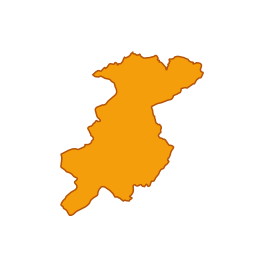 map outline of Ghor (Natural Earth projection), rotated 335°
{"feature_id": "AFG-1747", "entity_name": "Ghor", "entity_type": "Province", "adm_level": 1, "iso_a3": "AFG", "parent_name": "Afghanistan", "parent_adm1": "", "projection": "natural_earth1", "projection_center": [65.091, 34.196], "detail": "fine", "context": "isolated", "style": "filled", "palette": "amber", "viewbox_px": 256, "rotation_deg": 335, "n_neighbors": 0, "source": "natural_earth", "source_scale": "10m", "svg_char_len": 5820}
<svg xmlns="http://www.w3.org/2000/svg" viewBox="0 0 256 256"><g transform="rotate(335 128 128)"><path d="M200.5,83.4L202.8,83.9L204.2,84.6L208.4,87.8L209.5,89.2L211.3,91.0L211.7,92.8L212.0,93.5L212.5,94.3L213.0,94.8L214.3,95.6L214.8,96.1L214.2,97.1L214.3,97.5L215.0,97.4L216.0,97.9L216.4,98.0L217.5,97.7L219.6,99.0L220.8,100.1L221.0,100.6L221.2,101.6L221.2,102.0L221.0,102.4L220.0,103.9L218.5,105.3L218.3,105.6L218.0,107.1L218.3,108.1L218.5,108.4L219.4,109.2L219.4,109.9L216.3,112.6L215.6,113.0L215.2,113.2L213.6,112.7L213.2,112.7L210.4,113.5L209.9,113.8L206.9,116.0L205.7,115.5L199.4,116.6L198.7,116.8L198.2,116.6L197.3,115.8L196.3,115.4L193.7,114.9L193.0,114.9L192.6,115.1L192.1,116.1L191.1,117.3L190.2,117.9L189.7,117.9L188.3,117.8L186.5,118.1L185.1,117.9L182.9,117.9L181.7,119.2L180.2,120.1L179.6,120.2L179.1,120.3L175.9,119.6L169.2,119.2L165.4,118.4L163.5,118.3L158.8,118.5L158.3,118.7L157.8,120.7L157.8,121.7L157.8,122.2L157.0,124.5L156.5,126.9L156.5,127.9L156.9,128.3L157.0,128.6L157.0,128.9L156.4,130.1L156.3,130.6L156.3,131.7L155.7,133.9L155.6,135.5L156.0,136.0L156.2,136.4L156.8,137.7L157.1,137.9L157.9,138.0L158.2,138.5L158.6,140.3L158.3,141.8L157.9,142.5L157.3,142.8L156.5,144.0L156.2,145.2L155.7,146.0L154.4,146.2L152.7,147.3L152.3,147.8L152.2,148.4L152.4,149.3L152.6,150.1L152.7,150.4L154.2,151.5L154.5,151.9L154.8,152.7L155.1,153.0L156.0,153.3L156.6,154.2L156.9,154.8L157.7,160.1L158.1,161.1L159.2,161.6L160.0,162.3L160.7,163.1L161.0,163.7L161.2,164.4L161.2,164.7L161.0,164.9L159.8,165.9L158.0,166.9L156.3,168.4L154.8,170.3L153.2,171.7L152.8,172.1L152.5,172.3L151.5,172.5L151.2,172.7L150.4,174.1L150.4,174.3L150.7,174.6L150.8,174.8L150.8,175.8L148.8,176.9L147.8,177.3L146.4,177.6L145.3,178.0L143.1,179.7L141.2,179.5L140.1,179.7L137.9,181.1L137.1,181.9L136.2,182.8L131.8,184.9L131.6,185.2L130.2,186.2L129.7,186.7L129.3,186.9L128.9,186.9L128.0,186.7L127.2,186.3L126.9,186.2L126.5,186.4L125.8,187.0L123.8,189.2L122.9,189.6L121.8,189.5L121.4,189.0L121.3,187.5L121.1,186.9L120.4,186.9L118.2,188.1L116.6,186.9L116.2,186.1L116.1,185.4L115.9,184.9L115.0,184.6L113.3,184.6L112.6,184.7L112.3,184.6L111.2,184.0L110.8,183.5L110.4,182.5L110.1,182.3L109.4,182.1L108.5,182.4L108.0,183.0L106.8,186.1L106.0,187.5L105.6,188.1L104.4,189.1L103.5,189.7L102.6,190.1L101.2,190.4L100.6,190.9L100.5,191.0L100.7,191.3L101.9,192.7L102.0,193.0L101.9,193.3L101.2,193.6L99.4,193.8L98.3,194.6L98.0,194.5L95.9,193.3L94.7,192.2L94.4,192.0L94.1,192.0L93.1,192.3L92.8,192.0L92.4,191.4L91.0,188.3L90.6,187.8L89.7,187.0L89.4,186.1L89.2,185.8L88.8,185.6L88.3,185.6L87.9,185.5L87.2,185.1L87.0,184.9L86.9,184.6L86.9,183.1L86.7,182.0L86.7,181.0L85.1,176.8L82.2,171.9L81.4,171.1L79.5,170.1L78.3,170.3L76.0,171.4L74.3,172.8L73.3,174.0L72.5,175.3L71.9,175.9L71.1,176.2L67.7,176.6L65.5,177.1L63.9,177.7L62.9,178.4L61.0,180.0L58.9,180.8L56.3,181.4L46.1,181.8L42.2,183.0L41.5,183.1L39.8,183.1L38.2,182.4L37.9,181.2L37.7,178.9L37.7,177.7L37.4,176.7L37.1,175.8L36.1,174.3L35.7,173.6L35.6,173.0L35.9,171.8L35.7,171.3L35.5,171.0L34.9,170.3L34.8,170.1L34.8,169.5L34.9,169.1L35.6,168.4L37.7,166.8L39.7,165.9L40.6,165.7L41.3,165.4L42.1,164.8L42.6,164.2L43.4,163.8L49.0,162.2L53.9,161.7L55.3,161.3L56.5,160.4L57.2,158.7L57.2,157.8L56.5,155.3L56.7,154.6L57.3,154.0L58.8,153.7L59.9,153.2L60.4,152.9L60.7,152.4L60.6,151.8L60.1,151.0L58.7,149.5L58.4,149.0L57.7,146.4L57.3,145.6L56.7,144.6L55.8,143.5L53.8,141.7L53.6,141.2L53.2,139.7L52.9,139.0L50.9,135.5L50.8,134.9L51.1,134.2L54.0,129.7L55.4,127.1L56.3,123.5L64.5,123.1L68.7,123.5L71.0,124.3L72.5,125.4L73.4,126.2L74.2,126.5L80.6,126.6L81.3,126.2L81.6,125.6L82.1,124.9L84.9,126.2L85.2,126.3L86.1,126.2L87.7,126.1L88.6,125.5L89.3,124.7L90.1,124.2L90.6,124.0L91.2,124.0L91.6,123.7L91.9,123.3L92.3,122.3L92.3,121.6L92.3,121.0L92.1,120.6L91.3,119.4L91.2,119.0L91.6,117.9L91.6,117.5L91.5,116.0L91.6,114.4L91.4,112.1L91.5,111.3L91.8,111.0L92.1,110.7L93.3,110.4L95.7,110.7L97.0,110.5L98.2,109.5L98.8,109.3L99.9,109.2L102.2,107.9L102.8,108.1L103.2,109.0L103.7,109.6L105.5,110.0L105.8,109.8L106.0,109.6L106.1,109.1L106.0,108.2L105.2,106.4L104.9,105.4L104.9,103.8L105.8,98.5L106.1,97.6L106.8,96.7L107.4,96.4L108.4,96.0L114.6,96.3L115.8,96.9L117.5,97.0L118.1,96.9L121.4,95.2L130.4,92.7L131.9,91.9L132.2,91.5L132.6,91.2L133.3,89.8L133.9,87.4L133.8,85.2L134.5,81.9L134.3,81.2L134.0,80.5L133.1,79.2L132.7,78.5L132.5,77.8L132.4,77.3L132.1,76.5L131.4,75.7L128.3,73.4L127.9,73.0L126.7,71.2L125.5,69.8L125.0,69.5L124.4,69.3L123.1,69.4L122.8,69.3L120.3,67.8L119.6,67.0L118.6,64.9L122.4,63.6L124.8,63.3L125.6,63.5L126.8,64.6L127.3,64.9L127.7,64.9L128.0,64.9L131.8,63.4L132.3,63.3L132.5,63.4L132.6,63.5L132.6,64.2L132.7,64.4L133.0,64.5L134.9,64.0L137.4,62.5L138.3,62.2L138.8,62.2L139.1,62.3L140.3,63.0L141.2,63.7L142.1,64.2L142.9,64.0L143.8,63.3L144.3,63.4L144.8,63.9L145.3,64.8L145.3,65.2L145.0,65.9L145.0,66.2L145.4,66.5L146.8,65.9L147.0,65.9L148.1,66.5L148.8,66.5L151.3,65.5L153.1,63.6L154.7,62.4L155.3,63.3L155.7,63.5L158.7,63.5L160.7,63.0L161.0,62.8L161.6,62.3L162.0,62.0L163.7,61.5L164.3,61.4L164.1,62.4L164.2,62.9L164.5,63.1L165.7,63.9L166.1,64.4L166.3,65.2L166.5,65.5L167.3,65.7L168.6,66.3L169.6,66.0L169.9,66.2L170.0,66.6L169.9,67.7L170.2,68.7L171.2,70.5L171.7,71.1L172.1,71.4L172.5,71.6L177.6,73.4L179.2,73.6L181.7,74.2L182.0,74.1L182.4,73.9L182.8,73.9L183.4,73.9L184.1,74.2L184.5,74.8L184.7,75.4L184.7,77.3L184.5,77.9L183.6,78.4L183.6,78.7L183.7,79.0L184.9,80.0L184.2,81.1L184.3,81.5L185.1,81.8L185.5,82.2L186.3,83.7L187.7,88.7L187.8,89.1L187.4,90.1L187.3,91.1L187.6,91.5L187.9,91.3L188.4,90.9L189.7,89.1L190.0,89.0L190.7,88.8L191.0,88.6L191.1,88.2L191.0,87.6L191.1,87.2L191.5,87.1L192.6,86.9L192.8,86.7L193.0,85.8L194.0,85.4L194.3,85.2L194.1,84.5L194.0,84.0L194.1,83.5L194.3,83.3L194.7,83.1L194.9,83.1L196.5,83.9L197.2,84.1L198.5,84.3L199.1,84.1L200.5,83.4Z" fill="#f59e0b" stroke="#b45309" stroke-width="1.5"/></g></svg>